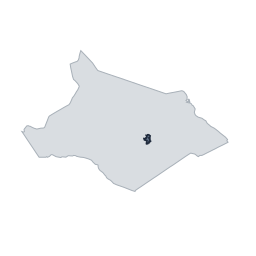 location of Gachoka, Eastern, Kenya, rotated 289°
{"feature_id": "3690345B9660706705639", "entity_name": "Gachoka", "entity_type": "district", "adm_level": 2, "iso_a3": "KEN", "parent_name": "Kenya", "parent_adm1": "Eastern", "projection": "equal_earth", "projection_center": [37.603, -0.727], "detail": "fine", "context": "in_parent", "style": "filled", "palette": "slate", "viewbox_px": 256, "rotation_deg": 289, "n_neighbors": 0, "source": "geoboundaries", "source_scale": "gbopen_adm2", "svg_char_len": 4672}
<svg xmlns="http://www.w3.org/2000/svg" viewBox="0 0 256 256"><g transform="rotate(289 128 128)"><path d="M70.3,155.3L70.2,152.0L70.6,143.5L70.6,136.1L70.9,132.4L72.2,130.0L72.9,128.3L73.3,125.9L74.0,124.0L75.6,122.4L75.9,121.5L77.6,118.9L78.7,115.5L79.4,114.3L80.4,113.2L81.1,112.7L82.2,112.1L83.1,111.8L83.3,111.5L83.3,111.0L83.0,108.8L83.4,108.2L84.0,106.7L84.7,105.4L85.3,104.6L85.7,103.7L85.8,102.2L85.9,101.2L85.9,99.5L85.7,95.6L84.9,92.3L84.5,88.6L84.8,87.4L84.3,85.3L84.0,85.2L83.5,84.7L82.9,82.7L82.5,80.8L82.2,80.4L80.2,78.8L79.3,75.0L78.2,74.1L77.6,70.3L77.5,69.2L78.1,65.5L78.1,64.6L77.4,63.8L75.6,63.0L74.1,61.4L74.3,60.9L74.4,60.3L73.7,60.0L71.4,53.5L74.3,49.6L77.3,45.7L81.0,40.8L84.5,36.2L87.5,32.3L90.1,28.8L90.1,29.4L90.1,30.3L90.4,30.9L90.9,31.2L91.7,30.8L92.4,30.3L93.0,30.2L97.0,31.6L97.7,32.9L97.6,34.3L97.8,35.3L97.5,36.3L97.2,39.3L97.3,42.1L98.5,44.1L99.5,45.7L100.4,48.0L101.0,48.7L101.9,49.0L104.6,49.1L108.7,49.3L112.6,49.4L112.9,49.5L113.8,49.8L117.4,52.8L120.7,55.6L123.5,58.1L126.2,60.4L128.8,62.7L130.8,64.6L132.9,65.2L136.1,65.5L138.4,65.6L140.5,66.4L143.6,67.1L145.9,67.5L147.3,68.0L151.2,68.4L151.9,68.1L153.6,66.0L155.5,62.6L156.2,60.7L158.7,58.8L163.1,56.2L166.2,54.3L169.6,52.5L171.1,54.1L173.3,56.7L174.2,58.0L175.0,58.5L176.2,58.9L177.6,58.9L178.4,58.9L179.9,58.5L183.6,58.2L185.8,58.2L184.0,61.7L181.9,65.8L177.9,73.4L174.9,77.3L172.7,80.4L172.5,80.9L172.5,84.3L172.5,92.5L172.6,108.9L172.6,125.3L172.7,141.8L172.7,150.0L172.7,152.8L174.7,156.2L176.6,159.6L179.2,164.1L180.6,166.4L180.8,167.2L180.7,168.8L178.6,172.2L176.9,173.7L174.6,174.4L173.9,174.3L172.9,173.8L172.6,174.6L172.3,175.9L171.8,175.6L171.4,175.2L171.6,177.5L171.9,178.6L171.5,180.0L170.4,181.3L170.3,182.4L167.9,185.3L164.4,185.6L162.6,187.0L161.8,188.2L161.1,190.8L161.3,194.7L160.4,197.7L160.2,199.2L158.4,201.1L157.6,202.9L157.0,204.7L156.5,205.5L155.9,209.6L155.1,212.1L154.8,212.9L154.6,213.6L154.0,215.1L153.6,216.1L153.3,216.7L151.1,223.1L149.5,225.9L148.2,225.6L147.3,226.7L147.2,227.2L146.8,227.0L145.7,225.9L143.5,223.8L141.3,221.6L139.1,219.4L136.8,217.3L134.6,215.1L132.4,213.0L130.2,210.8L128.0,208.7L126.7,207.4L126.1,206.7L125.6,205.2L125.4,204.8L124.8,204.3L124.1,204.2L123.9,204.0L123.9,203.2L124.2,202.2L125.0,200.2L125.1,199.1L124.9,197.8L124.7,195.6L124.4,195.2L123.0,194.1L119.9,191.7L116.8,189.4L113.7,187.1L110.6,184.8L107.5,182.5L104.5,180.1L101.4,177.8L98.3,175.5L95.2,173.2L92.1,170.9L89.0,168.5L85.9,166.2L82.9,163.9L79.8,161.6L76.7,159.3L73.6,156.9L72.4,156.1L71.4,155.3L70.3,155.3ZM172.9,177.9L172.4,178.0L172.7,176.9L174.3,175.5L174.9,175.8L175.0,176.1L175.0,176.4L174.7,176.7L172.9,177.9Z" fill="#d9dde1" stroke="#a8b0b8" stroke-width="1"/><path d="M128.0,148.6L127.8,148.5L127.6,148.4L127.5,148.5L127.3,148.5L127.2,148.6L127.0,148.4L126.9,148.2L126.7,148.0L126.7,147.9L126.6,148.0L126.5,148.3L126.5,148.2L126.4,148.2L126.3,148.3L126.3,148.2L126.2,148.3L126.1,148.5L125.9,148.6L125.7,148.7L125.4,148.6L125.2,148.7L124.9,148.5L124.8,148.4L124.7,148.3L124.7,148.2L124.4,148.0L124.3,147.9L124.2,147.8L123.8,147.7L123.7,147.6L123.5,147.8L123.4,147.8L123.4,148.0L123.3,147.9L123.3,147.7L123.4,147.4L123.3,147.2L123.2,147.1L123.3,147.0L123.3,146.9L123.3,146.7L123.3,146.4L123.2,146.4L123.0,146.5L122.9,146.7L122.8,146.8L122.7,146.9L122.0,147.4L122.0,147.5L122.2,147.8L122.1,148.0L122.0,148.3L122.0,148.5L122.0,148.8L122.0,149.0L122.1,149.3L122.0,149.6L122.1,149.8L122.3,149.9L122.3,150.0L122.2,150.0L122.0,149.9L121.9,149.9L121.9,150.0L121.6,150.0L121.2,150.4L120.8,150.4L120.7,150.5L120.4,150.6L120.3,150.8L120.2,150.8L119.8,150.7L119.7,150.6L119.7,150.4L119.4,150.5L119.1,150.5L119.0,151.0L119.3,151.1L119.4,151.3L119.5,151.3L119.5,151.5L119.6,151.8L119.8,152.1L120.0,152.2L120.0,152.3L120.0,152.2L120.3,152.2L120.5,152.3L120.6,152.5L120.7,152.4L120.8,152.4L121.0,152.4L121.1,152.5L121.3,152.7L121.5,152.6L121.7,152.8L121.8,152.7L121.8,152.8L122.0,152.8L121.9,153.0L122.0,153.1L122.1,153.3L122.3,153.4L122.5,153.4L122.6,153.5L122.8,153.6L122.8,153.3L122.9,153.2L123.0,153.1L123.2,152.9L123.3,153.0L123.4,152.9L123.5,152.9L123.7,152.7L123.8,152.6L124.0,152.5L124.0,152.4L124.2,152.1L124.3,152.1L124.4,152.3L124.5,152.2L124.5,152.3L124.8,152.3L124.8,152.2L124.9,151.9L125.0,151.8L125.0,151.7L125.0,151.4L125.1,151.2L125.4,151.0L125.6,151.0L125.7,150.9L125.8,150.9L125.9,151.0L126.0,151.5L126.1,151.8L126.3,151.8L126.5,151.8L126.7,151.7L126.8,151.5L126.8,151.4L126.8,151.5L127.0,151.5L127.3,151.6L127.5,151.6L127.8,151.6L127.9,151.4L127.9,151.2L128.0,151.0L128.0,150.8L128.2,150.6L128.3,150.4L128.3,150.2L128.3,149.9L128.3,149.6L128.2,149.6L128.2,149.2L128.1,148.9L128.0,148.6Z" fill="#64748b" stroke="#1e293b" stroke-width="1.5"/></g></svg>